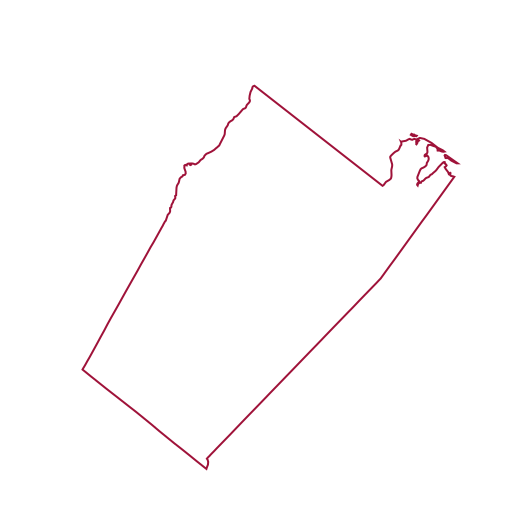 map outline of Alabama (Equal Earth projection), rotated 218°
{"feature_id": "USA-3541", "entity_name": "Alabama", "entity_type": "State", "adm_level": 1, "iso_a3": "USA", "parent_name": "United States of America", "parent_adm1": "", "projection": "equal_earth", "projection_center": [-86.886, 32.617], "detail": "fine", "context": "isolated", "style": "outline", "palette": "rose", "viewbox_px": 512, "rotation_deg": 218, "n_neighbors": 0, "source": "natural_earth", "source_scale": "10m", "svg_char_len": 5310}
<svg xmlns="http://www.w3.org/2000/svg" viewBox="0 0 512 512"><g transform="rotate(218 256 256)"><path d="M210.4,432.8L209.9,432.5L209.9,433.0L210.4,433.8L210.9,434.3L211.4,434.9L212.1,435.3L211.6,435.3L211.5,436.1L208.8,439.1L208.2,440.5L207.7,441.8L207.0,442.9L205.4,443.3L204.4,443.8L203.9,444.9L203.1,445.9L201.7,446.3L200.7,446.1L200.4,445.7L200.4,445.2L200.0,444.5L198.9,443.4L198.6,442.8L198.3,442.8L198.4,444.2L198.8,445.1L199.0,446.0L198.6,447.4L199.3,447.5L200.0,447.4L200.6,447.1L201.2,446.8L199.6,449.9L195.5,451.9L187.2,453.2L179.4,453.2L173.9,454.3L171.8,454.3L172.6,453.4L174.0,452.7L176.4,452.0L177.0,451.7L177.4,451.1L177.8,450.9L179.1,452.3L181.6,452.8L184.0,451.9L186.9,451.0L188.6,449.6L187.9,446.8L184.9,443.5L184.5,442.5L184.6,441.6L185.2,439.7L185.1,439.1L184.5,438.4L184.2,438.4L184.0,438.8L183.2,440.0L183.3,440.4L183.2,440.6L182.3,440.5L181.5,440.3L180.9,440.0L180.4,439.6L179.9,439.1L179.4,438.3L179.1,437.5L178.9,436.6L178.8,435.6L178.7,434.6L178.2,433.7L177.8,433.0L177.6,432.5L177.7,431.1L178.2,429.5L178.9,428.0L179.5,427.0L179.7,425.7L179.4,424.1L177.5,417.7L176.8,416.6L175.4,415.8L174.6,415.6L174.0,415.6L173.5,415.3L173.3,414.3L173.4,413.1L173.3,412.1L172.9,411.3L172.0,411.1L172.5,412.3L172.5,413.5L172.0,414.5L171.1,415.2L171.5,416.4L171.2,417.2L170.6,418.1L170.3,419.5L170.2,421.2L169.9,422.3L169.4,423.2L168.8,424.1L168.5,424.7L168.5,425.5L168.5,427.0L168.4,427.6L167.8,428.6L167.7,429.3L167.5,430.7L166.9,433.5L166.8,435.0L166.9,438.5L166.2,444.7L165.8,445.7L165.1,446.2L164.8,446.0L164.7,445.5L164.6,445.2L163.3,445.1L163.2,445.2L162.2,445.0L161.6,444.8L161.5,444.0L162.0,442.2L160.2,441.4L156.3,440.4L154.7,439.4L154.6,440.0L154.5,440.3L154.3,440.6L154.2,441.1L153.8,441.1L152.7,439.2L151.4,439.2L150.0,440.0L148.5,440.5L148.2,432.6L147.9,424.7L147.6,416.9L147.3,409.0L147.0,401.1L146.7,393.3L146.5,385.4L146.2,377.6L145.9,369.7L145.6,361.9L145.3,354.1L145.0,346.2L144.7,338.4L144.5,330.6L144.2,322.7L143.9,314.9L144.0,314.2L144.2,312.2L144.5,308.8L145.0,304.3L145.6,298.7L146.3,292.2L147.1,284.7L147.9,276.4L148.9,267.4L149.9,257.8L151.0,247.6L152.1,237.0L153.2,226.1L154.4,214.9L155.6,203.5L156.8,192.0L158.0,180.6L159.2,169.2L160.4,158.1L161.5,147.2L162.6,136.7L163.7,126.6L164.7,117.1L165.6,108.2L166.4,100.0L167.2,92.6L167.9,86.2L168.5,80.7L168.9,76.3L169.3,73.0L169.5,71.0L169.5,70.3L169.9,67.3L169.9,66.0L168.9,65.8L166.9,64.3L165.4,62.0L164.4,58.7L164.0,57.7L164.7,57.7L166.8,57.7L176.5,57.8L186.2,58.0L195.6,58.1L205.3,58.1L215.0,58.3L224.7,58.5L234.4,58.9L244.1,59.1L253.8,59.3L263.5,59.3L273.2,59.3L282.9,59.3L292.6,59.3L302.1,59.4L312.0,59.5L322.8,59.7L322.9,60.2L323.1,61.6L323.2,62.6L323.6,65.6L324.2,69.3L324.8,73.7L325.6,78.7L326.5,84.2L327.5,90.3L328.6,96.7L329.7,103.6L331.0,110.7L332.2,118.1L333.3,125.6L334.5,133.6L335.7,141.1L336.9,148.8L338.2,157.4L339.2,164.1L340.3,171.5L341.5,178.7L342.5,185.5L343.5,192.0L344.5,198.1L345.2,203.7L346.0,208.8L346.7,213.2L347.3,217.0L347.8,220.0L348.1,222.3L348.4,223.7L348.5,224.2L349.0,227.4L348.8,228.2L350.9,234.1L350.7,236.5L350.8,237.2L351.0,237.9L351.3,238.5L351.7,239.0L353.0,240.5L353.3,241.1L352.8,241.9L353.0,242.7L353.6,243.5L354.1,244.5L354.5,247.3L355.2,249.0L355.2,250.1L355.1,251.6L355.5,252.3L356.2,252.9L356.7,253.5L356.3,254.6L360.7,260.9L361.4,262.3L361.7,263.3L362.0,266.0L362.5,267.3L363.1,268.5L363.7,269.7L363.7,270.8L363.6,271.9L363.2,272.8L363.0,273.6L363.3,274.6L362.0,276.2L362.2,277.7L363.4,279.1L366.4,281.0L367.0,281.6L367.4,282.5L367.7,282.6L368.0,282.8L368.1,283.4L367.9,284.1L367.5,284.5L367.0,284.7L366.4,284.8L366.8,285.8L366.6,286.6L366.1,287.3L365.6,287.7L364.5,287.1L363.5,287.4L363.3,288.1L364.3,288.8L363.6,289.4L362.6,290.0L361.5,290.4L360.7,290.5L360.3,290.8L359.8,291.6L358.9,294.3L358.8,295.0L358.8,297.0L358.6,298.1L358.0,299.6L357.8,301.5L358.3,303.3L358.1,305.4L358.0,305.7L357.5,307.0L357.2,307.3L355.5,310.6L354.3,313.8L353.8,316.6L353.5,317.7L353.4,318.1L353.4,318.6L353.0,320.4L353.4,322.1L355.2,331.4L355.7,332.8L357.9,336.1L358.5,337.7L358.6,338.7L358.7,341.0L358.8,341.7L359.4,343.3L359.5,344.4L359.1,346.4L358.4,348.0L358.1,349.7L358.7,352.1L357.4,354.1L357.0,357.2L356.7,363.6L356.4,364.3L355.6,365.6L355.4,366.5L355.5,367.1L356.1,368.8L356.2,369.6L355.9,372.6L356.0,373.9L356.7,375.0L358.0,375.7L359.7,378.4L361.3,381.9L362.1,385.8L362.7,386.7L362.8,387.6L362.6,388.3L362.2,388.8L362.0,389.2L352.1,389.2L342.1,389.2L332.1,389.2L322.1,389.2L312.1,389.2L302.2,389.2L292.2,389.2L282.2,389.2L272.2,389.2L262.2,389.2L252.3,389.2L242.3,389.2L232.3,389.2L222.3,389.2L212.3,389.2L202.4,389.2L199.5,389.2L199.1,390.4L199.2,394.3L199.1,394.7L197.8,397.9L197.6,398.8L197.5,399.3L197.4,399.8L197.5,400.5L197.8,401.2L198.4,402.3L199.1,403.3L202.1,406.8L202.5,407.4L203.8,410.2L204.7,411.6L205.6,412.4L210.6,416.0L211.1,416.5L211.3,416.8L211.4,417.7L211.3,418.9L210.9,421.8L210.4,424.0L209.3,426.2L209.1,427.0L209.0,427.3L209.2,428.7L210.3,432.7L210.4,432.8L210.4,432.8ZM169.3,452.0L168.5,452.4L168.0,452.5L154.1,453.2L155.0,452.5L160.8,451.4L164.3,451.4L165.3,451.2L165.9,450.8L166.3,450.3L166.9,449.9L169.3,451.4L169.3,452.0ZM206.3,447.1L208.6,446.8L208.7,448.0L207.1,448.4L206.0,449.1L205.5,448.9L204.1,449.4L203.4,449.7L203.4,449.1L204.2,448.8L204.6,448.3L205.0,447.9L205.6,447.4L205.9,447.3L206.3,447.1Z" fill="none" stroke="#9f1239" stroke-width="2"/></g></svg>